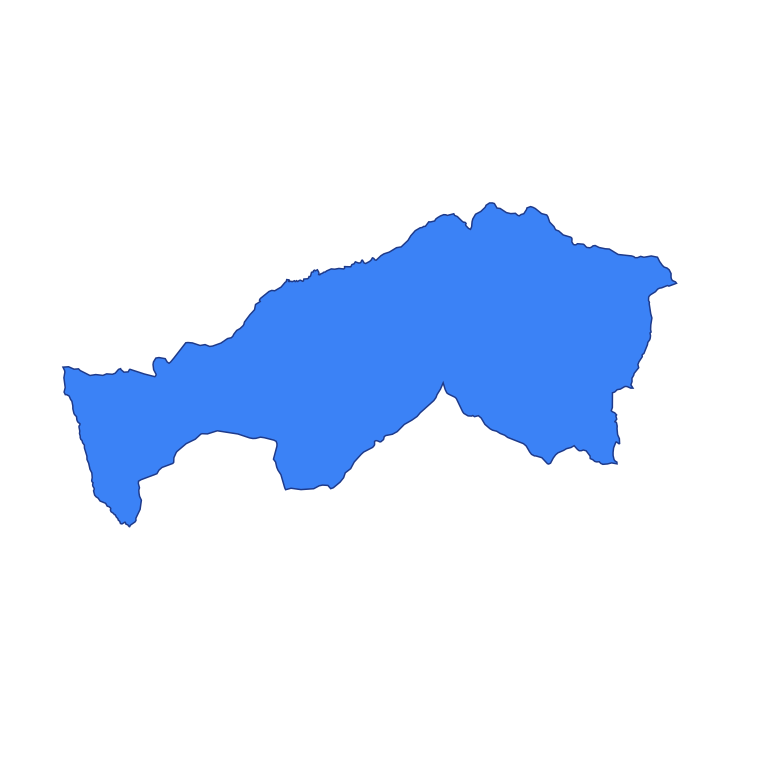 the district of Gameza, Boyacá, Colombia, rotated 163°
{"feature_id": "7082276B32812076646031", "entity_name": "Gameza", "entity_type": "district", "adm_level": 2, "iso_a3": "COL", "parent_name": "Colombia", "parent_adm1": "Boyacá", "projection": "robinson", "projection_center": [-72.725, 5.81], "detail": "fine", "context": "isolated", "style": "filled", "palette": "blue", "viewbox_px": 768, "rotation_deg": 163, "n_neighbors": 0, "source": "geoboundaries", "source_scale": "gbopen_adm2", "svg_char_len": 6150}
<svg xmlns="http://www.w3.org/2000/svg" viewBox="0 0 768 768"><g transform="rotate(163 384 384)"><path d="M85.4,425.3L91.0,428.3L98.4,429.2L101.2,431.0L104.6,430.7L107.0,431.4L107.8,432.7L109.8,434.1L122.2,439.4L129.1,447.2L132.8,448.6L138.3,451.6L141.6,454.7L143.8,455.0L145.6,454.2L147.4,454.1L150.3,455.4L152.0,458.9L152.7,459.5L158.0,461.6L159.8,461.0L161.6,461.6L162.2,462.5L162.8,465.0L161.8,467.8L161.8,468.7L162.5,469.8L169.0,474.1L172.2,479.3L174.4,480.9L175.0,482.1L175.4,484.8L178.2,490.3L178.4,496.2L179.0,498.1L183.5,500.9L188.0,507.6L190.0,509.5L192.0,510.8L195.8,510.6L196.7,509.2L200.5,506.0L203.4,506.0L205.5,505.3L206.8,506.2L208.4,508.8L213.0,509.9L216.8,512.1L221.6,517.9L224.5,519.2L225.7,524.3L227.3,525.4L230.1,526.3L234.1,525.1L235.6,523.4L241.0,520.7L246.8,519.6L250.8,515.9L252.3,513.5L254.2,508.8L256.1,506.6L257.7,508.1L259.4,511.6L259.4,512.5L258.6,513.3L258.9,514.5L259.5,515.1L260.5,515.3L261.7,516.8L264.9,522.7L267.2,524.6L267.5,526.4L274.2,526.7L275.3,527.7L277.4,528.5L280.9,528.2L284.2,527.4L286.3,526.6L287.9,525.1L292.1,525.4L293.8,526.0L298.3,522.7L300.3,523.1L301.5,522.5L303.8,522.8L309.3,521.5L315.1,517.9L319.1,514.3L327.5,510.1L332.2,510.7L340.4,508.6L346.0,508.5L349.4,507.6L355.2,504.7L356.2,505.1L357.2,507.3L358.2,508.0L360.2,506.2L362.0,505.4L366.3,504.6L367.6,505.5L368.4,508.7L369.1,508.8L370.7,507.0L371.6,506.8L373.0,507.2L375.7,509.2L377.5,507.7L379.8,507.6L381.5,505.8L387.4,507.8L387.9,506.2L388.9,505.8L393.3,507.7L397.6,508.2L400.8,509.5L405.9,508.9L407.3,508.3L409.3,508.5L410.2,507.9L412.0,507.9L413.5,507.2L414.5,507.8L413.9,508.6L413.7,510.0L414.3,512.7L416.4,512.3L417.2,513.2L418.2,513.0L418.6,512.0L420.7,512.0L422.6,508.8L423.2,508.4L424.3,508.7L425.1,507.4L426.4,507.0L430.0,507.8L430.9,506.2L431.7,506.0L433.6,507.7L434.6,507.8L436.5,507.2L437.5,508.4L438.5,507.8L439.0,507.9L439.4,508.9L441.9,508.7L443.1,509.5L444.9,509.7L445.2,510.2L444.3,510.8L444.4,511.4L446.5,512.3L447.6,510.5L448.9,510.1L454.0,506.8L461.2,505.1L464.0,506.3L466.9,506.1L477.3,501.9L478.6,500.6L478.2,499.1L483.6,497.6L486.1,492.9L491.9,489.5L499.3,484.1L500.7,481.8L502.0,480.8L505.5,479.1L509.2,478.3L513.0,475.6L514.6,473.9L516.5,472.9L520.3,473.2L528.0,470.8L537.0,470.4L539.8,470.9L543.6,474.0L548.6,474.6L555.2,479.3L559.4,481.0L561.5,481.4L577.4,470.2L581.7,467.4L583.5,466.7L584.9,468.4L585.8,472.2L591.5,475.1L594.6,475.5L598.0,472.5L599.2,470.1L600.1,465.1L599.1,459.8L599.8,458.7L601.0,458.0L610.2,463.6L622.6,472.3L623.1,472.3L625.1,470.4L629.2,471.3L631.4,474.8L631.4,475.7L633.6,475.6L637.9,472.9L640.9,472.7L646.3,474.8L650.3,474.4L656.9,477.3L662.7,478.1L670.6,485.7L671.7,487.8L676.1,488.8L680.6,492.7L686.1,494.0L685.5,490.3L685.7,488.7L688.3,483.5L689.9,473.8L692.3,469.8L691.9,467.0L690.5,466.5L688.6,464.5L688.2,460.8L687.5,458.8L688.0,454.0L688.8,451.2L689.1,446.7L688.9,445.3L687.6,442.7L688.2,439.5L688.1,438.1L687.7,436.7L686.4,435.0L686.7,433.9L688.0,432.9L688.3,431.8L688.7,428.0L689.7,425.6L689.7,423.1L690.2,421.5L690.1,419.6L689.3,418.3L689.4,415.9L688.4,413.2L689.2,410.4L689.2,401.9L690.1,398.6L689.6,394.5L690.1,388.4L689.4,384.4L690.4,379.8L691.8,377.0L691.8,375.9L691.1,374.7L692.1,372.9L692.3,371.7L691.7,368.9L691.9,368.0L693.0,366.8L693.2,362.4L692.4,360.4L690.8,358.5L689.7,355.1L685.1,351.3L684.4,348.1L682.8,347.0L681.8,345.5L681.8,344.5L682.5,343.5L682.4,341.7L680.5,339.3L680.1,338.0L679.2,337.4L678.9,335.1L677.9,333.2L677.9,331.5L676.9,330.0L676.8,327.6L675.5,326.8L672.1,327.6L671.8,326.9L671.8,325.5L670.1,324.1L669.8,322.9L669.1,322.5L669.4,321.5L667.7,323.2L662.4,324.9L661.1,326.0L660.5,328.2L653.9,335.4L650.0,343.8L650.6,348.1L650.2,351.2L649.5,354.2L648.2,356.2L648.0,360.7L647.2,362.8L644.4,363.5L627.4,364.6L624.4,367.4L620.7,369.1L609.2,369.8L608.0,370.6L606.5,374.9L602.8,379.2L601.7,380.0L590.6,384.8L580.6,386.4L573.9,389.6L572.6,389.7L567.4,387.9L557.1,388.0L538.3,378.9L528.2,371.7L525.3,370.2L522.5,369.5L517.7,369.3L514.1,367.6L505.7,362.5L503.9,360.7L503.8,358.2L504.6,355.8L511.7,344.4L510.5,341.1L510.9,335.8L510.6,332.7L509.1,327.5L509.3,313.7L509.0,311.7L503.4,311.5L494.3,307.3L481.8,304.4L475.7,305.6L472.3,305.3L467.3,303.4L465.6,299.5L462.8,299.6L454.7,303.0L450.0,306.2L447.0,310.4L440.6,312.8L435.3,318.1L426.3,323.5L423.3,324.9L413.5,326.7L412.2,327.4L410.8,328.6L409.8,331.9L408.5,332.2L407.2,331.8L404.8,329.8L403.8,329.7L400.7,331.0L399.2,333.5L397.5,334.2L390.7,333.5L385.3,334.6L376.4,339.4L367.9,341.3L361.8,343.3L357.8,345.9L341.2,353.6L338.3,355.8L336.4,358.3L331.5,362.6L327.1,367.8L327.1,360.7L326.5,357.1L325.4,355.6L320.0,350.6L319.1,349.0L316.9,334.5L316.2,332.5L312.9,328.9L309.5,327.7L308.3,327.9L307.0,326.3L303.0,326.1L301.0,323.0L299.3,315.9L295.7,310.2L293.8,308.2L290.1,305.9L287.3,302.7L283.5,299.7L281.4,296.8L268.1,286.2L266.1,283.1L264.6,276.6L263.5,273.6L261.2,271.3L259.8,270.8L254.6,267.4L251.0,260.0L249.9,259.3L247.9,259.6L243.8,263.7L240.6,266.1L237.8,267.3L231.6,268.0L228.4,268.8L223.7,268.6L220.2,269.4L218.1,264.8L216.8,263.1L214.9,262.5L212.7,262.6L210.2,261.0L208.0,254.9L208.6,252.4L206.5,250.6L205.1,248.4L203.6,247.4L200.9,246.7L199.9,244.7L198.2,243.2L193.6,242.2L189.4,242.0L184.5,239.5L184.1,241.2L185.5,242.8L186.1,244.4L185.8,248.7L184.9,251.7L183.1,255.8L179.3,260.6L178.6,260.6L176.7,258.1L176.1,258.2L174.9,262.9L175.4,267.3L174.2,273.2L173.3,275.6L173.0,278.8L173.1,279.5L174.1,280.1L174.2,280.6L171.7,282.3L171.6,285.7L170.6,286.4L171.8,289.0L173.8,290.8L174.5,292.0L172.5,294.7L168.1,308.8L165.7,308.9L162.6,310.4L159.5,310.0L154.3,311.2L152.3,310.5L149.4,308.0L147.1,307.3L148.1,311.0L146.1,313.8L145.2,317.0L142.7,319.3L141.7,321.0L135.7,325.1L135.5,328.4L133.7,330.7L129.0,334.6L128.8,336.0L128.3,336.6L126.5,337.2L120.6,344.5L119.6,346.6L116.9,348.7L115.9,350.2L115.0,352.3L114.7,355.0L113.4,355.6L113.1,358.2L111.6,362.5L108.5,368.8L108.4,373.1L106.9,383.3L106.3,384.5L106.6,386.6L105.5,389.7L104.7,390.5L103.1,391.4L97.4,392.9L94.6,394.7L92.6,395.1L90.3,394.8L84.2,395.3L82.9,394.3L74.8,394.8L75.4,396.4L77.9,398.6L78.4,400.1L78.3,402.2L77.2,405.7L77.9,409.8L79.4,412.1L81.9,413.9L83.1,416.0L84.6,420.5L85.4,425.3Z" fill="#3b82f6" stroke="#1e3a8a" stroke-width="1.5"/></g></svg>